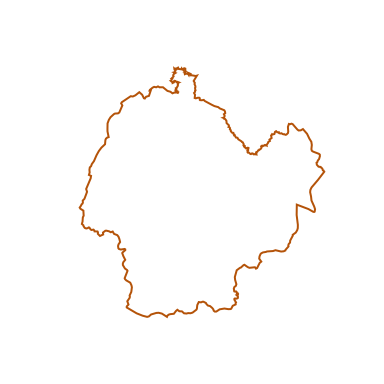 outline of Na Duang, Loei, Thailand, rotated 229°
{"feature_id": "78962969B28379819304677", "entity_name": "Na Duang", "entity_type": "district", "adm_level": 2, "iso_a3": "THA", "parent_name": "Thailand", "parent_adm1": "Loei", "projection": "albers", "projection_center": [102.034, 17.538], "detail": "fine", "context": "isolated", "style": "outline", "palette": "amber", "viewbox_px": 384, "rotation_deg": 229, "n_neighbors": 0, "source": "geoboundaries", "source_scale": "gbopen_adm2", "svg_char_len": 6003}
<svg xmlns="http://www.w3.org/2000/svg" viewBox="0 0 384 384"><g transform="rotate(229 192 192)"><path d="M179.8,309.8L178.2,307.1L174.4,304.2L173.5,303.0L173.4,300.9L173.9,300.0L175.2,299.5L175.4,299.0L176.3,298.4L177.6,298.1L178.0,297.3L179.1,296.4L179.7,296.3L180.1,296.7L181.2,295.5L182.7,295.4L182.8,295.0L182.9,294.1L181.7,292.2L182.5,290.6L183.1,290.4L182.7,289.5L182.8,288.8L180.5,287.5L180.7,284.8L179.4,284.3L179.7,282.3L179.1,281.4L178.6,279.1L178.1,278.8L179.0,278.4L178.9,278.1L179.2,277.6L179.8,277.5L180.1,275.4L181.0,275.3L181.1,274.1L180.3,273.8L179.6,273.0L179.4,271.6L179.9,270.6L179.6,270.0L180.0,269.4L179.5,267.7L179.9,266.8L178.3,265.5L179.1,265.3L178.7,264.7L179.8,263.8L179.8,263.4L181.3,263.1L181.4,262.6L181.9,262.3L181.9,261.4L182.3,261.0L184.4,260.8L185.0,260.0L185.8,260.1L186.1,260.7L186.9,261.0L186.7,261.5L187.1,261.6L187.0,261.9L188.1,263.5L188.8,263.2L189.5,261.4L191.6,261.5L191.6,261.1L192.3,261.2L192.4,261.9L193.5,261.5L194.2,262.4L196.2,262.9L196.9,262.5L197.7,262.6L201.4,261.5L203.1,261.9L204.3,260.9L206.1,261.3L207.0,260.9L207.4,261.7L208.6,261.4L209.5,262.0L210.3,261.2L212.3,261.1L213.1,261.8L214.5,261.7L215.2,262.6L216.5,262.7L217.1,262.3L217.3,262.9L218.2,263.6L221.3,263.3L223.2,264.7L225.3,264.9L226.2,264.3L226.8,264.6L227.6,264.2L227.2,265.2L228.0,266.6L229.8,267.1L229.7,268.8L231.1,269.7L232.5,270.0L236.9,267.8L238.8,267.5L242.1,265.3L245.0,264.1L252.4,261.3L253.8,261.3L254.8,259.6L256.1,258.3L256.4,258.3L257.7,259.4L258.4,259.3L259.3,258.3L260.2,256.3L261.2,255.7L263.4,258.1L265.4,258.5L265.6,260.0L266.5,260.8L266.4,261.3L267.9,262.1L268.8,262.9L268.9,263.4L269.9,264.1L271.8,264.7L272.5,265.7L274.7,266.1L276.6,272.0L277.1,270.9L280.5,268.2L280.7,267.7L281.7,267.7L282.0,268.4L283.4,267.8L283.0,267.4L283.8,267.2L282.7,266.9L282.3,266.3L283.5,266.5L285.3,265.1L285.6,263.9L286.8,264.5L286.5,265.2L286.7,265.6L287.6,265.1L287.5,266.1L288.1,266.8L289.1,267.5L289.5,267.3L289.7,267.8L290.3,267.5L290.5,267.3L290.2,266.8L290.6,266.2L289.8,265.5L290.9,265.0L292.0,265.2L291.6,264.4L293.7,262.6L295.0,263.1L295.4,261.4L294.8,261.6L294.7,260.9L296.0,260.5L296.2,259.8L296.8,259.7L295.9,259.1L295.3,259.3L294.3,258.9L294.2,258.0L293.7,257.6L294.0,257.0L292.7,257.6L293.0,255.8L292.5,254.4L291.3,253.9L291.1,250.9L290.4,251.2L290.4,250.4L289.5,249.3L289.7,248.9L287.4,249.2L287.0,248.9L286.8,249.6L287.6,249.6L287.0,250.7L287.4,251.0L287.0,251.5L287.2,251.9L286.5,252.4L285.1,252.4L284.4,252.9L284.5,253.4L283.5,253.9L284.0,252.8L283.3,252.4L282.9,252.8L282.1,251.4L281.5,251.1L280.9,249.4L280.9,248.6L280.2,248.1L280.6,247.7L280.0,247.4L279.8,246.4L279.3,246.5L278.7,245.7L278.5,246.4L278.0,246.2L278.0,246.9L277.5,247.2L277.0,246.9L276.4,247.1L276.1,246.3L277.3,245.6L278.7,243.7L279.3,242.0L281.8,241.5L284.4,239.8L290.1,238.8L292.3,236.2L294.0,235.6L294.5,233.7L296.2,232.4L296.6,230.8L296.7,227.2L296.4,226.6L295.7,227.5L292.8,222.6L294.0,219.8L293.5,217.7L294.3,217.2L298.1,218.2L301.9,217.7L302.1,212.7L302.9,210.0L304.5,208.6L305.8,198.0L305.4,196.7L303.0,196.2L299.7,189.3L299.9,187.7L301.7,185.4L302.0,184.2L301.9,179.6L301.0,176.6L299.2,173.3L295.1,169.6L293.2,168.0L288.1,165.1L288.7,163.7L288.7,162.0L288.0,160.7L285.1,157.7L284.9,152.7L284.0,148.5L282.4,144.1L279.6,138.2L278.8,134.7L277.7,132.8L277.6,131.0L276.0,129.1L273.9,127.6L272.5,125.4L270.4,126.4L268.8,124.5L263.7,114.1L261.0,112.9L259.6,110.4L257.4,106.3L257.2,103.9L255.7,102.8L255.1,101.8L255.1,100.4L254.6,99.6L253.9,97.0L252.5,96.8L249.2,97.8L245.2,94.7L244.5,93.0L241.5,90.0L240.1,87.9L238.2,88.2L237.2,87.7L235.3,87.5L233.9,88.2L233.1,89.7L233.1,90.7L232.5,91.2L230.3,90.9L229.3,91.2L228.2,93.0L227.1,93.0L226.2,92.6L224.2,94.8L223.3,94.6L222.2,93.5L219.2,93.7L218.2,97.1L219.8,98.2L219.6,101.2L219.0,102.0L216.8,103.6L214.9,104.3L214.2,106.2L211.5,105.7L208.5,107.3L206.5,107.2L204.1,106.3L201.4,104.9L200.7,102.2L199.7,100.7L197.8,99.5L196.9,99.5L195.3,100.5L193.2,103.8L192.5,104.0L191.9,103.5L191.9,100.2L191.7,99.3L188.6,98.1L184.6,97.1L184.1,94.1L183.3,92.8L182.2,91.9L178.3,91.2L175.7,91.8L174.8,91.6L171.1,84.6L170.2,84.3L168.4,84.4L164.1,85.9L161.3,85.1L159.5,84.1L156.4,80.6L154.8,77.0L153.6,76.3L153.0,75.4L152.0,71.5L148.7,70.2L148.5,68.0L148.1,67.2L147.6,67.0L136.8,70.6L131.0,73.6L127.2,76.2L126.4,77.8L126.4,80.8L124.1,85.8L122.7,87.6L120.0,89.5L114.2,91.2L114.8,92.3L114.7,94.0L114.1,95.4L112.0,98.4L112.7,101.8L112.7,103.7L110.3,104.2L108.5,106.1L105.7,106.4L103.9,108.1L103.1,109.7L101.5,111.3L100.6,113.3L100.3,118.1L100.7,119.1L103.2,121.8L104.5,124.9L102.8,126.4L102.3,127.9L101.6,128.7L99.1,129.7L98.0,129.4L95.9,129.5L94.0,130.8L91.2,131.2L89.5,131.1L88.1,130.5L86.7,130.8L85.8,132.0L85.3,135.9L82.8,140.0L79.7,142.6L78.3,144.4L78.2,145.1L79.4,148.1L78.5,151.2L79.7,152.2L79.8,152.8L82.9,153.3L83.6,154.0L83.5,154.5L82.2,155.8L81.9,156.9L82.2,157.4L83.2,158.2L85.0,158.0L84.5,159.4L84.8,159.9L85.6,160.1L86.3,159.5L87.3,160.1L88.1,160.0L88.6,159.1L89.3,158.7L91.7,160.2L92.5,161.7L92.4,163.5L93.3,165.0L97.4,166.9L99.7,168.5L103.6,174.4L103.3,178.4L102.9,179.4L103.0,182.9L102.7,183.8L98.7,184.8L97.1,185.6L94.1,189.9L93.7,190.2L92.2,190.0L91.9,191.2L94.1,196.6L94.0,198.6L97.6,199.0L99.1,200.7L100.2,203.0L100.3,204.1L99.8,206.0L98.3,208.4L97.9,209.6L94.3,214.4L93.3,216.8L88.6,220.2L87.1,222.3L86.6,224.1L87.0,224.6L87.6,229.1L88.6,229.7L89.3,230.9L89.5,232.8L90.9,234.2L92.9,239.4L93.6,239.9L93.3,243.7L94.2,246.4L95.3,248.1L97.7,250.3L106.0,255.9L113.7,262.8L102.7,268.7L97.5,270.5L96.8,271.1L96.7,271.7L98.3,273.6L100.9,274.7L107.2,276.6L110.5,278.9L114.3,281.0L115.9,282.7L117.0,285.2L118.5,295.1L120.5,305.0L121.0,304.9L121.8,305.4L122.6,305.0L124.1,305.7L125.8,305.6L126.3,305.2L126.7,305.4L128.1,304.1L130.7,304.1L132.4,305.2L132.3,306.1L133.2,307.6L133.5,309.5L135.1,312.0L136.4,313.0L137.6,312.8L143.0,309.9L144.5,309.5L146.0,310.2L148.9,313.3L151.6,315.0L155.3,315.6L160.4,317.0L166.7,317.0L167.2,314.5L168.5,312.8L170.1,312.5L177.2,312.5L178.3,311.9L178.9,310.4L179.8,309.8Z" fill="none" stroke="#b45309" stroke-width="2"/></g></svg>